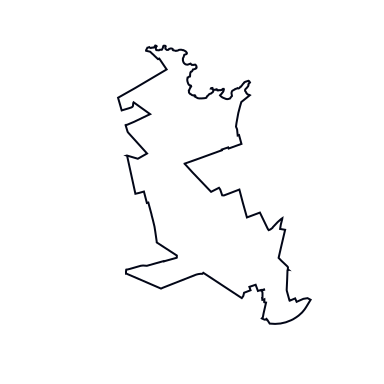 the district of Lumina, Constanta, Romania, rotated 344°
{"feature_id": "2599482B21068829002517", "entity_name": "Lumina", "entity_type": "district", "adm_level": 2, "iso_a3": "ROU", "parent_name": "Romania", "parent_adm1": "Constanta", "projection": "natural_earth1", "projection_center": [28.555, 44.326], "detail": "fine", "context": "isolated", "style": "outline", "palette": "ink", "viewbox_px": 384, "rotation_deg": 344, "n_neighbors": 0, "source": "geoboundaries", "source_scale": "gbopen_adm2", "svg_char_len": 5774}
<svg xmlns="http://www.w3.org/2000/svg" viewBox="0 0 384 384"><g transform="rotate(344 192 192)"><path d="M106.2,252.2L135.6,276.3L137.5,276.0L172.9,272.6L174.3,272.6L175.8,272.7L177.7,273.0L179.3,273.5L179.7,273.4L180.6,272.8L210.6,307.7L211.8,306.8L212.7,306.0L214.3,303.2L221.2,302.6L221.0,299.0L227.6,298.7L228.1,305.3L231.2,305.2L231.2,305.6L234.4,305.5L234.4,305.9L231.9,306.0L232.0,308.3L230.6,313.1L230.2,313.1L229.9,315.1L231.4,315.2L232.0,315.1L231.8,315.9L231.0,317.6L231.1,317.9L232.7,318.7L227.4,328.3L225.6,331.9L224.3,332.8L226.4,334.6L226.8,334.8L227.3,334.9L228.6,334.5L228.9,335.8L229.2,335.8L230.4,339.9L235.5,341.7L240.8,342.8L246.3,343.1L251.8,342.6L254.1,342.2L257.6,341.2L260.4,340.2L264.5,338.2L266.3,337.0L268.0,335.8L270.0,334.1L276.3,328.3L273.8,325.9L269.6,325.4L262.3,326.4L261.8,322.7L256.2,323.4L256.2,322.8L255.8,322.8L255.9,313.0L256.1,312.0L259.4,302.2L262.2,293.6L262.7,293.6L262.9,293.0L263.1,293.1L262.9,292.8L263.0,292.2L263.5,290.8L263.4,290.5L263.1,289.7L259.0,282.8L257.1,279.2L262.5,269.4L271.1,254.0L266.5,251.8L268.4,247.8L271.2,243.0L271.6,242.1L270.1,242.6L266.1,244.5L260.2,248.0L259.4,248.7L257.0,249.6L255.2,249.8L254.7,248.4L251.6,230.5L237.8,231.6L237.9,216.3L238.2,202.7L226.7,203.7L221.7,204.1L220.1,203.5L219.8,197.4L219.1,195.4L210.4,197.1L197.9,173.3L192.9,163.2L192.7,163.0L192.7,162.7L207.7,161.8L232.3,160.1L232.3,159.4L239.1,159.1L239.2,160.3L252.8,159.4L252.9,150.2L251.5,150.3L252.6,144.2L252.3,141.3L253.8,137.9L258.3,128.8L261.8,122.9L264.2,119.1L274.3,114.9L273.9,114.5L273.5,114.5L272.3,113.3L271.9,112.7L271.5,111.8L271.6,111.4L270.9,109.4L271.1,108.7L271.3,108.3L271.7,107.9L273.3,107.0L273.9,106.7L274.4,106.2L275.1,105.8L275.9,104.6L275.8,104.3L275.9,104.1L276.2,103.7L276.8,103.2L277.5,103.0L277.9,102.7L277.7,102.3L277.5,102.2L277.7,101.8L277.6,101.5L277.1,101.0L277.1,100.8L276.8,100.6L276.5,100.7L275.5,100.7L274.8,100.8L274.6,100.7L274.3,100.7L272.8,100.9L272.2,101.2L272.2,101.4L271.7,101.7L271.2,102.0L270.9,102.1L270.0,102.8L269.8,103.0L268.8,103.7L268.2,104.2L267.8,104.1L267.6,104.1L267.3,104.3L267.1,104.6L266.8,104.8L265.5,105.3L265.1,105.2L264.3,104.9L264.2,104.7L263.9,104.8L263.5,104.9L262.0,104.9L261.6,105.0L261.2,105.3L260.7,105.3L260.4,105.4L259.1,105.7L258.7,105.8L258.1,106.3L257.7,106.9L257.2,107.8L256.9,110.7L255.5,111.6L255.1,111.9L254.8,112.2L254.7,112.2L254.3,112.6L253.4,112.6L252.4,112.6L251.3,112.4L250.1,111.8L250.0,111.6L249.5,111.3L247.3,109.5L246.1,107.9L245.7,107.0L245.6,106.8L246.5,106.2L247.6,105.7L248.2,105.1L249.0,104.7L249.5,104.2L249.8,103.9L250.2,103.5L250.3,103.2L250.5,102.9L250.5,102.7L251.0,102.0L250.9,101.6L250.3,101.4L249.3,101.7L248.9,102.0L247.8,102.1L247.5,101.9L247.0,101.9L246.4,101.6L246.0,101.6L245.9,101.5L245.5,101.4L245.3,101.6L244.8,101.5L244.3,101.2L244.2,100.2L243.9,100.0L243.5,100.1L243.4,100.0L243.2,100.1L242.5,100.2L241.2,99.7L240.5,99.2L240.0,98.3L240.0,98.0L240.3,97.8L240.3,97.7L240.2,97.7L239.6,97.5L239.2,97.8L238.9,97.6L238.7,97.8L239.6,98.2L240.1,98.8L240.4,99.5L240.5,100.1L240.2,101.0L239.9,101.4L239.2,101.9L238.1,102.2L237.7,102.5L237.1,102.6L236.0,102.6L235.5,102.7L234.0,103.7L233.1,104.0L232.4,104.6L232.0,105.2L231.5,105.4L230.1,105.3L228.0,104.9L224.9,104.1L223.4,103.4L221.1,101.1L221.7,100.6L221.7,100.3L221.6,100.0L221.2,99.7L219.9,99.5L218.9,99.0L218.6,98.7L217.7,97.5L217.5,97.3L217.3,97.3L216.7,96.1L216.5,95.6L216.7,95.2L216.8,93.8L217.1,93.6L217.4,93.4L217.5,93.2L217.5,92.9L217.7,92.7L218.1,92.4L218.9,91.6L218.9,91.4L219.1,91.2L219.2,90.9L219.4,90.5L219.6,90.4L220.0,90.6L220.3,90.4L220.3,89.5L219.3,88.7L219.2,88.7L218.5,88.0L218.2,86.6L218.1,84.5L218.3,83.1L218.6,82.2L219.3,80.8L219.8,80.9L220.3,80.5L220.9,80.4L221.2,80.4L221.3,80.3L221.9,80.4L222.2,79.8L222.5,78.7L223.3,76.9L223.7,76.4L224.0,76.2L224.1,76.3L224.4,76.2L224.7,76.2L225.6,75.7L226.7,74.5L227.1,74.6L229.3,74.5L229.4,74.4L229.9,74.3L230.0,74.0L230.4,74.0L230.9,73.2L230.8,72.4L230.9,71.9L230.4,70.6L230.1,70.4L229.4,70.4L229.1,70.2L228.5,70.3L227.3,69.8L227.0,69.9L226.6,69.5L226.0,68.2L222.9,68.4L221.4,67.8L220.6,67.1L219.8,65.8L219.6,65.1L219.5,63.6L219.6,62.5L219.8,62.3L220.1,61.0L221.1,60.0L222.4,58.0L224.6,57.9L225.1,57.6L225.4,57.1L225.3,56.4L225.1,56.2L224.9,55.4L224.5,54.9L222.9,53.3L222.0,53.0L221.4,52.5L220.3,52.1L218.8,51.8L218.1,51.9L217.5,52.1L216.9,52.1L216.1,51.9L215.7,52.0L215.3,51.9L214.3,51.2L213.0,50.6L212.7,50.2L212.9,49.4L212.6,48.9L212.1,48.6L211.6,48.3L210.7,48.1L210.3,48.2L209.5,48.1L208.5,48.8L207.3,48.6L207.0,48.5L206.4,47.7L206.0,47.1L206.0,46.1L206.8,45.0L206.9,44.7L206.8,44.4L206.7,44.2L206.2,43.9L205.3,43.6L204.8,43.7L204.5,44.0L203.8,45.3L202.3,46.9L201.9,46.9L200.4,46.4L199.4,46.7L198.9,46.6L198.3,46.2L197.4,46.1L196.7,45.5L196.8,43.5L197.3,43.1L197.7,42.4L198.2,42.1L198.0,41.7L197.1,41.1L196.1,41.9L195.9,42.4L195.2,42.6L194.4,42.5L194.4,42.4L192.7,42.1L192.2,42.3L191.4,41.8L190.8,40.9L190.4,41.0L189.2,41.1L188.9,41.0L186.9,43.1L186.8,43.6L189.5,45.1L190.5,45.7L192.0,48.3L192.7,49.3L193.5,50.8L195.4,54.0L195.9,54.9L196.2,55.0L196.4,55.0L196.9,54.7L197.3,54.7L201.4,67.2L166.1,76.4L146.9,81.0L146.9,94.2L154.4,94.1L157.0,94.0L157.6,93.9L158.5,93.5L158.8,93.2L159.2,92.5L159.8,90.9L160.1,90.2L160.6,89.7L173.2,105.6L155.5,108.6L148.1,109.5L147.3,109.5L147.1,109.3L146.6,109.4L146.7,116.4L147.1,117.5L159.4,142.6L149.1,145.1L139.5,139.0L139.3,139.0L139.6,139.2L137.1,178.1L140.9,178.3L145.9,178.3L145.6,190.1L147.1,190.1L147.0,196.7L146.9,202.4L146.8,203.4L146.7,208.2L146.4,214.9L145.8,219.8L144.4,230.0L144.2,230.6L144.3,230.9L159.9,248.9L159.3,250.9L159.2,251.0L146.4,250.9L145.9,251.0L145.8,250.6L128.3,250.5L128.0,250.4L124.8,249.2L122.5,248.8L110.8,248.8L108.5,248.7L107.8,248.5L107.4,248.5L106.6,250.3L106.1,252.2L106.2,252.2Z" fill="none" stroke="#020617" stroke-width="2"/></g></svg>